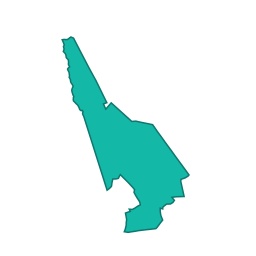 Nakuru Town West, Rift Valley, Kenya, rotated 162°
{"feature_id": "3690345B66504215806483", "entity_name": "Nakuru Town West", "entity_type": "district", "adm_level": 2, "iso_a3": "KEN", "parent_name": "Kenya", "parent_adm1": "Rift Valley", "projection": "mercator", "projection_center": [36.068, -0.37], "detail": "fine", "context": "isolated", "style": "filled", "palette": "teal", "viewbox_px": 256, "rotation_deg": 162, "n_neighbors": 0, "source": "geoboundaries", "source_scale": "gbopen_adm2", "svg_char_len": 2070}
<svg xmlns="http://www.w3.org/2000/svg" viewBox="0 0 256 256"><g transform="rotate(162 128 128)"><path d="M132.6,23.7L132.0,24.0L130.9,24.6L126.4,27.8L123.5,29.7L123.6,31.7L123.8,34.7L123.1,38.8L122.4,41.1L122.1,41.8L120.0,40.3L119.3,42.0L118.1,42.5L117.4,42.8L114.8,43.7L111.1,42.6L108.3,43.3L106.2,44.9L107.4,47.6L107.6,48.5L103.4,47.7L95.8,45.5L94.3,60.9L93.5,62.8L88.9,62.9L85.5,63.8L84.5,64.5L86.0,69.2L88.0,75.3L90.1,81.6L91.8,86.8L93.8,93.1L95.2,97.3L97.2,103.3L99.1,109.4L101.2,115.7L102.2,119.1L102.8,121.2L103.6,123.6L107.8,126.0L114.2,129.6L118.4,132.1L122.4,133.1L136.2,157.1L143.3,152.8L143.6,155.4L143.9,158.5L140.3,158.6L140.7,161.1L141.3,165.3L143.9,183.5L144.8,188.0L146.6,197.7L148.2,207.2L149.9,217.2L150.0,218.0L151.6,227.7L152.0,230.3L154.2,232.2L155.3,231.9L156.6,231.4L158.2,230.9L159.2,231.1L161.4,232.0L163.3,232.3L163.2,231.3L163.1,230.2L163.0,228.2L163.0,227.3L163.0,226.6L164.3,225.3L164.3,223.0L165.3,221.5L165.9,220.7L165.0,219.0L164.5,217.2L164.6,215.9L165.0,214.0L164.1,212.1L163.7,211.3L164.3,208.6L164.8,207.7L165.1,206.4L164.7,205.2L164.6,204.2L166.0,203.7L167.3,202.7L167.3,201.7L166.9,199.4L166.9,198.7L167.1,198.0L167.4,196.2L167.8,195.2L168.3,194.3L167.8,191.9L168.2,190.3L168.2,188.6L167.6,186.7L167.3,184.6L168.9,182.8L169.9,181.2L170.1,179.1L170.1,177.9L170.1,176.3L169.8,174.7L170.5,173.9L171.3,171.9L171.5,170.6L170.5,168.7L170.2,168.0L169.9,167.3L168.7,165.2L168.3,162.9L168.2,160.4L167.2,158.9L166.0,158.9L165.7,157.6L166.8,155.6L166.7,154.0L166.5,152.9L167.1,75.3L164.2,76.3L162.5,77.2L161.8,77.6L161.3,78.4L160.2,80.8L159.8,81.5L159.3,82.4L158.1,84.2L156.3,83.6L155.4,83.3L154.7,83.2L152.7,83.1L151.2,84.7L150.6,85.3L149.7,86.0L147.8,82.2L145.3,77.4L141.8,70.0L140.8,67.3L142.2,64.9L141.3,60.3L140.6,57.5L139.7,54.2L140.0,51.1L142.3,50.8L146.2,49.7L149.0,49.2L151.9,50.4L151.6,48.0L154.2,48.0L156.7,47.9L157.1,44.7L157.6,41.3L158.9,38.6L159.8,36.0L161.9,32.6L163.6,30.5L160.1,28.7L157.3,28.3L153.8,27.7L149.5,27.1L148.5,26.9L142.4,25.7L135.7,24.3L132.6,23.7Z" fill="#14b8a6" stroke="#0f766e" stroke-width="1.5"/></g></svg>